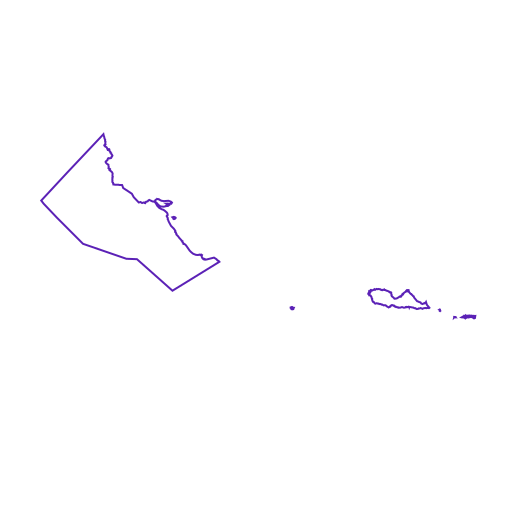 outline of Mexicali, Baja California, Mexico, rotated 318°
{"feature_id": "50627088B84599572497035", "entity_name": "Mexicali", "entity_type": "district", "adm_level": 2, "iso_a3": "MEX", "parent_name": "Mexico", "parent_adm1": "Baja California", "projection": "robinson", "projection_center": [-113.946, 30.648], "detail": "fine", "context": "isolated", "style": "outline", "palette": "violet", "viewbox_px": 512, "rotation_deg": 318, "n_neighbors": 0, "source": "geoboundaries", "source_scale": "gbopen_adm2", "svg_char_len": 6058}
<svg xmlns="http://www.w3.org/2000/svg" viewBox="0 0 512 512"><g transform="rotate(318 256 256)"><path d="M224.9,235.8L224.9,234.5L224.4,233.4L224.5,232.0L223.7,229.1L216.7,225.4L215.5,224.3L215.5,224.0L215.8,223.8L215.7,223.6L215.3,224.1L215.1,223.8L215.5,223.4L215.6,223.6L215.5,223.4L215.1,223.6L214.8,223.2L214.7,222.3L214.8,221.2L215.5,219.6L216.5,219.2L216.3,218.4L215.6,218.3L215.4,217.7L215.1,217.7L214.9,217.1L213.6,216.5L212.1,214.9L210.8,212.3L210.4,209.8L210.3,207.6L211.1,201.3L211.0,199.8L210.8,199.1L210.3,198.7L210.2,198.5L210.5,198.3L210.7,197.5L210.5,196.8L211.3,195.8L210.9,195.1L211.1,194.7L211.1,190.8L211.3,189.5L211.2,186.7L211.8,186.1L211.8,185.6L212.2,184.8L212.0,184.5L212.0,183.9L212.9,183.3L213.2,180.8L213.0,176.7L214.2,171.8L214.8,170.5L215.0,169.5L215.8,168.9L216.3,166.6L216.6,166.4L217.5,166.6L217.9,166.3L218.6,165.1L218.8,164.1L218.5,161.4L218.1,159.7L217.2,158.1L216.3,155.5L216.2,152.6L216.9,149.5L216.9,147.5L217.1,147.3L216.1,146.9L215.6,146.2L214.2,142.9L213.1,142.7L212.0,142.9L210.5,142.1L209.0,142.6L208.8,142.3L208.9,141.7L208.7,141.3L206.8,140.4L206.3,138.6L204.7,137.8L204.5,130.5L205.4,126.7L202.8,116.6L204.0,113.7L201.8,111.6L201.6,111.1L198.8,108.6L198.4,107.6L197.9,107.4L198.2,106.7L198.8,105.9L198.7,105.1L199.2,104.4L200.0,103.7L200.1,103.3L201.5,102.1L201.5,101.8L202.6,101.3L202.8,100.5L204.7,98.7L205.1,97.3L204.9,96.2L205.0,95.2L204.6,94.6L204.6,93.9L204.9,93.6L205.3,93.8L205.7,93.7L205.7,93.4L205.2,92.8L205.1,92.0L206.2,91.3L206.7,90.2L207.4,89.4L206.9,87.7L206.9,86.7L206.9,86.1L207.2,85.4L207.7,85.2L209.4,85.4L209.9,85.3L210.2,84.9L210.5,84.9L211.2,84.5L211.5,84.5L211.8,84.8L212.0,84.7L212.3,85.0L212.5,85.5L213.9,86.2L214.7,86.0L215.2,85.5L215.9,85.6L216.5,85.3L216.7,84.6L216.7,83.5L217.2,82.8L216.9,81.7L217.4,81.4L217.5,81.0L217.4,79.6L218.2,78.9L218.4,78.4L218.2,78.1L217.1,78.2L216.8,78.0L217.7,75.5L217.5,74.5L217.2,73.9L217.2,72.5L217.3,72.2L217.6,72.1L218.5,72.5L218.9,72.4L219.3,71.4L220.6,70.4L220.7,69.6L221.7,68.7L222.0,67.4L222.9,65.9L223.4,64.6L224.1,63.4L171.4,67.7L133.5,71.1L133.2,75.1L133.7,94.3L135.6,131.2L157.8,171.3L165.4,178.7L170.7,225.9L224.9,235.8ZM318.6,358.0L317.7,358.1L317.8,358.7L317.0,359.3L316.5,359.2L316.5,359.5L316.2,359.6L315.6,359.6L315.6,359.2L315.3,359.6L315.1,359.5L315.0,359.1L315.2,358.7L314.1,359.2L314.4,360.1L314.0,360.7L314.3,360.8L314.2,361.4L314.6,361.7L314.7,362.3L314.4,363.0L314.4,363.8L313.8,364.6L313.7,365.6L313.0,366.1L312.9,366.7L312.5,367.3L312.3,368.5L312.6,368.8L312.8,369.5L312.5,370.5L312.8,371.3L314.2,371.9L314.6,372.8L315.3,373.4L315.4,374.2L316.2,374.7L316.7,375.6L316.7,376.1L317.3,376.5L317.8,378.1L318.6,378.6L319.3,379.3L319.5,380.2L319.4,380.5L319.6,381.0L319.6,381.4L320.1,382.5L320.1,382.9L320.9,383.2L321.5,383.1L321.9,383.5L322.7,383.1L323.4,383.4L323.8,383.2L324.4,383.6L325.0,385.1L325.4,385.1L325.5,385.4L325.6,386.1L325.5,386.3L325.3,386.3L325.4,386.7L326.0,387.3L325.9,387.7L326.8,388.6L326.9,389.1L327.4,389.5L327.3,389.8L328.8,391.0L330.1,391.5L330.5,391.9L331.1,393.1L331.6,393.6L333.1,394.5L333.0,394.3L333.2,394.2L333.6,394.7L334.0,394.7L334.5,395.5L335.5,395.8L335.8,396.4L335.7,396.6L335.9,396.5L336.1,396.9L336.6,397.3L337.7,398.8L338.4,399.6L338.8,400.8L339.6,401.5L339.7,402.2L339.7,402.5L340.0,403.0L341.2,403.8L341.8,403.8L342.5,404.5L343.5,404.8L344.4,406.7L345.2,406.8L347.1,407.9L347.5,408.7L348.3,409.0L349.7,410.5L350.2,410.5L350.3,406.6L351.5,404.0L350.9,404.2L349.9,404.1L349.7,403.9L349.6,404.0L349.4,403.9L349.5,403.6L347.6,403.1L347.0,401.9L347.2,400.5L346.4,399.4L346.3,398.8L345.5,397.4L345.7,392.7L346.2,391.5L345.9,391.0L346.0,389.8L345.8,388.9L346.0,388.2L345.6,387.7L345.6,386.2L345.8,384.7L346.6,383.4L345.5,382.4L345.1,382.7L344.7,382.5L344.6,382.9L344.5,382.7L344.0,382.8L343.9,382.6L343.4,382.8L342.4,382.5L340.9,382.4L339.5,383.0L339.1,382.9L339.1,382.4L338.1,382.8L337.9,382.7L337.9,382.3L337.8,382.5L337.3,382.6L336.9,383.2L336.3,383.2L335.6,382.2L334.6,382.2L332.2,381.7L330.5,380.6L330.3,380.3L330.4,379.2L330.0,376.8L330.4,375.8L330.8,375.7L331.2,374.5L332.0,373.7L332.0,373.3L331.1,372.5L331.3,372.1L330.9,371.5L331.0,371.3L330.3,369.8L329.6,368.9L329.5,368.0L328.8,367.3L328.9,366.6L327.9,366.4L327.5,366.0L327.0,365.9L326.9,365.4L326.3,365.1L326.1,363.9L325.9,363.5L325.6,363.4L324.8,362.3L324.2,362.1L323.5,361.1L322.1,360.9L322.0,360.5L321.6,360.4L321.7,359.9L320.2,359.7L319.4,359.3L318.9,359.3L318.7,358.9L318.8,358.2L318.6,358.0ZM221.8,148.7L220.8,147.7L220.0,147.3L218.7,147.1L217.6,147.7L217.5,148.8L217.7,150.5L217.6,152.3L217.9,154.2L218.3,155.4L220.4,157.6L222.2,158.6L223.0,158.4L223.4,158.8L223.7,158.7L223.4,159.4L224.0,159.9L224.6,159.9L225.1,159.4L225.3,159.4L225.4,160.0L226.0,160.1L226.2,159.9L225.9,158.6L224.6,157.5L224.5,157.2L225.7,158.2L226.4,159.4L227.3,159.8L227.8,159.7L227.8,160.2L227.9,160.4L228.4,160.4L228.6,160.2L229.3,160.0L229.1,158.6L227.9,156.4L224.3,153.6L222.7,151.7L221.7,149.0L221.7,148.8L222.0,149.2L221.8,148.7ZM369.7,439.6L367.8,439.2L368.0,439.5L369.1,440.4L369.5,441.4L370.0,441.6L370.0,441.9L369.9,442.4L370.8,442.4L371.0,442.7L371.8,442.8L372.9,444.0L374.5,444.7L374.6,445.0L375.3,445.5L375.9,446.6L376.1,447.7L376.4,447.8L376.4,448.3L377.2,448.6L378.8,447.3L378.3,447.0L377.9,446.2L376.8,445.6L376.5,444.7L375.4,443.9L375.0,443.2L372.3,441.2L372.2,440.8L372.0,441.0L371.5,440.7L370.9,439.9L370.6,440.0L370.5,439.7L369.9,439.9L369.7,439.6ZM221.9,173.8L221.7,172.9L221.1,171.9L219.8,171.3L219.8,172.0L220.1,172.4L219.5,173.2L219.7,173.7L220.7,174.1L221.7,174.0L221.9,173.8ZM247.3,317.4L247.1,317.7L247.5,318.0L247.5,318.6L246.8,319.3L247.0,319.6L247.2,319.8L247.7,319.9L247.8,320.4L247.5,321.1L248.0,320.4L249.4,319.8L249.0,319.4L248.8,318.2L248.6,317.9L247.3,317.4ZM362.5,434.0L362.1,434.3L362.3,434.3L362.7,434.6L362.8,435.1L362.8,434.9L363.1,435.1L363.2,434.9L363.7,435.6L363.6,435.2L363.3,434.7L363.2,434.6L363.2,434.8L362.5,434.0ZM356.8,418.7L356.3,418.6L356.4,418.9L356.2,419.5L355.9,419.5L355.6,419.1L355.9,420.1L356.2,420.1L356.2,419.7L356.8,419.0L356.8,418.7Z" fill="none" stroke="#5b21b6" stroke-width="2"/></g></svg>